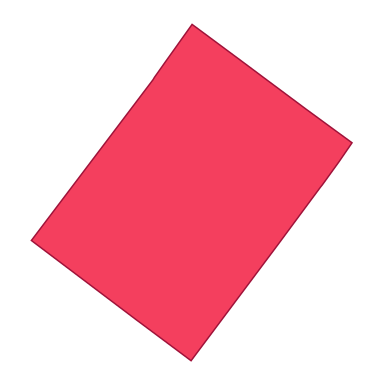 outline of Boone, Indiana, United States of America, rotated 307°
{"feature_id": "52423323B87712405938690", "entity_name": "Boone", "entity_type": "district", "adm_level": 2, "iso_a3": "USA", "parent_name": "United States of America", "parent_adm1": "Indiana", "projection": "equal_earth", "projection_center": [-86.376, 40.052], "detail": "fine", "context": "isolated", "style": "filled", "palette": "rose", "viewbox_px": 384, "rotation_deg": 307, "n_neighbors": 0, "source": "geoboundaries", "source_scale": "gbopen_adm2", "svg_char_len": 367}
<svg xmlns="http://www.w3.org/2000/svg" viewBox="0 0 384 384"><g transform="rotate(307 192 192)"><path d="M276.1,291.8L304.6,291.2L327.6,290.2L326.8,233.4L326.5,177.1L326.4,154.4L325.9,91.2L280.7,92.4L260.9,93.0L258.2,93.3L56.6,92.9L56.4,224.1L56.7,292.8L202.6,292.3L258.9,291.8L273.1,291.7L276.1,291.8Z" fill="#f43f5e" stroke="#9f1239" stroke-width="1.5"/></g></svg>